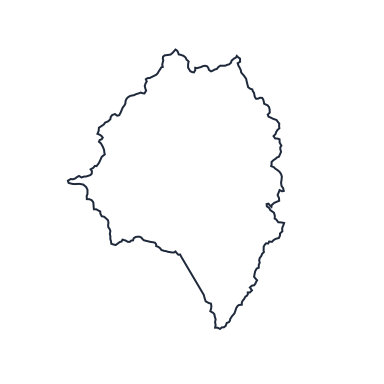 outline of Sete Barras, São Paulo, Brazil, rotated 335°
{"feature_id": "56859067B13944470581670", "entity_name": "Sete Barras", "entity_type": "district", "adm_level": 2, "iso_a3": "BRA", "parent_name": "Brazil", "parent_adm1": "São Paulo", "projection": "mercator", "projection_center": [-47.936, -24.296], "detail": "fine", "context": "isolated", "style": "outline", "palette": "slate", "viewbox_px": 384, "rotation_deg": 335, "n_neighbors": 0, "source": "geoboundaries", "source_scale": "gbopen_adm2", "svg_char_len": 4485}
<svg xmlns="http://www.w3.org/2000/svg" viewBox="0 0 384 384"><g transform="rotate(335 192 192)"><path d="M84.3,129.3L84.0,131.6L85.6,133.0L87.6,134.5L89.2,135.3L91.3,136.2L92.9,136.8L94.5,137.8L96.6,139.3L98.2,142.8L98.2,145.9L96.3,149.8L94.8,151.2L93.7,154.0L96.0,155.2L97.6,157.0L98.2,159.6L97.6,161.3L96.7,163.6L95.8,166.2L98.0,167.3L99.3,169.2L100.6,170.8L99.8,172.9L99.9,175.8L101.9,177.3L103.2,180.2L103.9,182.2L103.3,184.5L102.0,186.5L101.3,188.5L101.7,190.9L101.5,192.9L99.8,195.3L99.3,197.7L98.1,200.1L97.8,202.2L97.0,204.8L98.3,206.1L100.4,207.8L102.9,207.3L105.4,206.8L107.2,207.1L108.9,205.8L111.2,207.8L112.8,210.1L114.6,210.9L116.2,210.3L118.1,210.9L119.7,209.2L122.1,209.0L124.0,209.6L125.6,210.4L126.9,212.0L127.3,214.0L128.1,215.5L129.9,217.0L131.6,218.3L133.4,219.8L135.5,221.1L137.0,222.3L137.4,224.2L136.7,225.9L138.3,227.5L139.3,229.4L139.8,231.7L141.9,233.6L143.8,234.9L145.1,236.2L146.7,237.2L148.4,238.4L150.2,239.2L151.9,238.9L152.3,240.8L153.1,243.1L154.8,243.6L154.9,246.2L155.1,248.4L159.2,290.3L158.6,293.4L158.2,296.9L160.3,299.7L162.0,301.2L161.4,303.5L160.2,305.5L158.2,307.8L160.1,310.5L160.6,312.2L160.0,314.5L159.6,317.4L157.9,319.7L157.2,322.5L155.6,324.7L157.7,325.7L159.5,327.9L162.0,327.3L163.6,328.1L165.9,327.6L168.1,325.4L170.6,325.5L172.0,324.6L173.1,323.1L175.9,321.4L179.1,320.0L181.5,317.6L183.0,315.9L185.3,314.5L187.0,314.3L189.5,315.2L190.5,313.1L192.2,311.8L194.0,311.0L196.2,309.4L198.0,309.2L199.4,308.2L200.1,306.6L201.9,307.5L204.8,306.5L204.1,303.0L206.7,302.2L208.9,302.8L210.5,302.0L212.2,300.5L213.7,299.5L213.0,297.4L212.4,295.1L214.4,292.3L215.9,290.4L218.3,288.7L220.4,288.9L221.9,286.0L223.4,284.8L224.1,282.1L225.5,280.5L228.0,279.1L229.5,277.6L231.7,276.9L232.3,275.0L233.9,271.8L235.6,270.6L237.4,269.8L239.3,270.9L241.0,269.5L243.4,271.0L245.2,270.2L247.8,269.8L251.3,270.4L253.4,268.6L254.2,266.8L257.3,265.8L258.2,263.3L259.5,261.8L261.0,260.5L262.4,259.0L260.2,257.4L257.4,255.9L256.7,252.5L255.7,251.0L257.0,248.6L257.5,245.4L255.3,241.5L255.2,239.1L253.8,236.7L254.5,234.5L256.4,234.9L256.8,236.8L257.7,239.0L258.8,237.5L261.9,236.6L265.0,236.7L267.3,236.8L268.3,234.2L268.3,230.9L270.2,229.2L272.2,227.3L273.9,229.4L275.6,229.8L276.2,227.0L275.7,224.4L276.6,221.3L278.3,218.8L279.9,216.1L280.3,213.6L279.9,210.8L278.7,208.2L277.4,206.2L276.6,204.0L274.7,202.0L275.8,200.6L276.8,198.4L279.6,197.5L281.9,197.2L283.5,196.6L285.6,196.8L287.5,195.2L289.7,193.2L290.1,190.6L290.9,188.8L292.6,187.8L292.3,184.3L293.6,181.2L292.2,179.8L290.0,178.6L289.5,175.8L292.2,174.8L293.6,173.2L295.7,171.9L298.1,171.2L298.9,168.8L300.0,166.9L299.5,164.9L299.0,162.4L296.4,159.9L294.6,157.6L293.2,156.1L293.3,153.9L296.0,152.9L297.2,150.1L297.7,147.5L297.1,145.3L296.0,144.1L294.7,142.5L295.2,140.7L295.6,138.6L295.4,136.4L293.4,135.3L291.2,135.3L289.5,134.6L289.1,132.4L289.7,129.9L290.1,128.2L289.7,126.5L290.0,124.5L288.4,123.0L287.2,120.8L287.5,118.9L288.2,115.3L288.9,112.3L288.3,108.8L287.6,106.3L287.1,104.5L287.7,102.3L287.7,99.3L287.5,97.2L287.8,94.6L290.6,94.3L291.9,91.4L290.7,89.3L290.1,87.6L288.7,88.7L286.7,88.8L283.3,89.7L282.1,91.2L279.7,92.0L277.4,91.6L275.6,91.6L273.1,90.5L271.1,89.5L268.9,89.8L266.4,91.0L264.5,90.6L262.0,90.8L260.2,90.7L259.0,88.5L259.2,86.2L258.7,84.3L257.2,83.1L254.8,82.5L253.2,82.6L249.1,81.9L247.4,80.8L246.5,82.9L244.3,84.4L242.8,83.4L241.5,81.8L241.0,77.6L242.6,74.3L244.1,72.3L243.0,69.6L243.0,67.4L241.8,64.9L239.6,62.8L238.1,61.7L238.4,59.4L238.2,57.5L237.2,55.9L233.5,57.6L230.6,58.4L227.1,57.3L224.9,56.6L223.0,57.1L221.9,58.8L221.6,60.6L220.2,62.2L218.7,64.3L218.4,66.3L216.7,66.1L214.9,67.4L213.4,68.2L211.2,69.8L209.3,70.6L206.7,70.7L201.8,70.8L199.8,70.0L197.8,70.3L197.7,72.7L196.1,73.7L194.0,75.9L193.4,78.7L193.3,80.7L190.5,82.6L189.0,81.6L187.5,80.2L185.5,80.1L182.9,79.7L180.2,79.7L176.7,78.8L174.4,79.0L172.3,79.7L170.3,81.4L168.9,83.8L167.1,85.1L165.0,86.1L163.1,87.8L161.2,89.6L158.6,91.6L156.5,91.3L155.1,88.8L152.2,88.5L150.0,89.7L148.7,91.6L145.9,92.5L142.4,92.4L140.7,93.5L138.4,93.9L134.8,94.4L133.3,97.1L130.9,99.3L132.6,101.1L133.7,103.1L134.1,105.0L132.6,106.0L130.3,105.9L128.9,107.2L130.0,109.4L130.3,113.2L130.1,116.7L129.3,119.0L128.8,121.1L126.9,121.5L125.0,122.0L123.2,123.6L120.1,126.2L118.0,127.4L116.4,128.2L115.0,127.3L112.7,128.4L109.7,128.6L110.1,130.8L108.9,133.0L107.1,133.7L104.9,133.5L102.6,133.2L100.7,132.4L98.0,132.1L96.4,129.7L93.8,129.9L91.8,130.4L89.4,130.1L87.6,129.0L84.3,129.3Z" fill="none" stroke="#1e293b" stroke-width="2"/></g></svg>